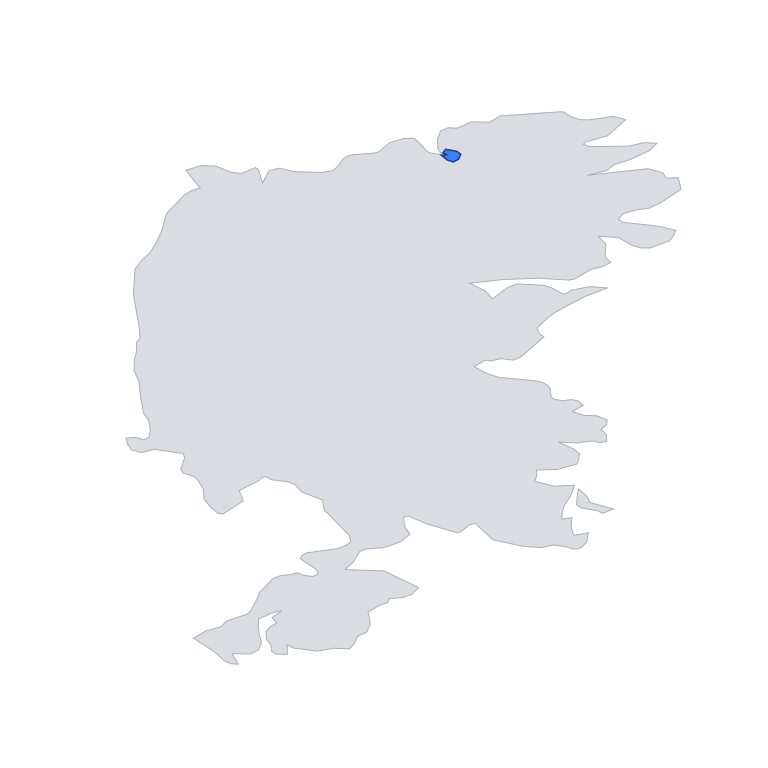 Cork on a map of Ireland (Natural Earth projection), rotated 189°
{"feature_id": "IRL-5569", "entity_name": "Cork", "entity_type": "City", "adm_level": 1, "iso_a3": "IRL", "parent_name": "Ireland", "parent_adm1": "", "projection": "natural_earth1", "projection_center": [-8.45, 51.888], "detail": "fine", "context": "in_parent", "style": "filled", "palette": "blue", "viewbox_px": 768, "rotation_deg": 189, "n_neighbors": 0, "source": "natural_earth", "source_scale": "10m", "svg_char_len": 3972}
<svg xmlns="http://www.w3.org/2000/svg" viewBox="0 0 768 768"><g transform="rotate(189 384 384)"><path d="M502.0,125.5L483.2,135.3L480.3,139.0L475.1,154.1L474.5,158.4L462.8,175.1L456.1,178.5L446.1,181.2L440.5,183.9L433.3,182.5L424.3,182.7L419.8,185.7L420.1,188.0L422.8,190.7L439.5,198.4L438.5,201.6L433.8,205.2L403.9,214.2L395.0,219.7L391.9,223.3L395.1,229.3L419.1,247.4L423.1,249.3L426.7,259.9L447.8,264.3L456.5,270.8L463.9,272.4L480.1,271.8L486.6,274.3L490.3,272.4L492.4,269.0L510.4,256.1L504.7,246.6L522.9,230.2L527.9,230.5L536.5,235.4L543.6,242.4L545.9,251.7L552.7,260.0L557.0,262.9L568.6,264.6L571.4,267.8L569.4,279.9L571.2,283.9L600.8,283.6L612.6,278.4L622.8,279.3L628.0,284.7L630.3,290.3L621.5,292.4L612.2,291.3L607.8,294.9L607.6,302.0L610.8,311.1L617.0,317.6L622.1,332.1L626.4,348.3L632.9,358.0L634.4,370.2L633.5,376.1L634.8,386.8L632.1,390.6L634.3,400.7L645.5,433.1L647.9,458.5L642.7,468.0L635.6,477.1L631.1,487.8L627.6,499.4L625.6,518.0L610.4,539.9L603.8,545.4L596.2,548.7L613.1,564.0L599.5,570.9L584.5,573.0L568.0,569.2L557.7,569.7L544.7,577.6L541.7,576.2L535.4,563.6L530.9,576.6L521.5,580.7L505.1,579.8L477.9,583.3L467.4,587.0L463.1,592.8L459.9,599.5L455.7,603.4L450.9,605.5L429.8,610.5L425.7,612.4L415.9,623.3L403.1,629.5L392.6,631.4L383.1,625.1L379.3,621.3L374.9,619.4L360.4,619.7L365.0,621.6L368.0,626.1L369.4,634.6L367.7,642.9L360.6,647.2L352.1,648.0L338.7,656.6L320.9,659.0L311.2,667.0L252.4,680.5L249.0,680.7L240.9,677.2L232.1,675.7L223.4,676.8L198.7,684.3L186.7,682.8L202.1,664.1L222.6,654.6L224.7,652.0L218.0,650.7L179.2,657.3L165.6,662.9L152.1,664.5L158.4,656.0L175.9,644.3L191.0,636.6L197.5,629.7L215.9,621.9L156.8,638.0L141.3,636.1L137.7,631.6L125.6,633.7L121.1,622.8L139.1,606.3L149.6,599.3L162.0,595.4L173.9,590.0L178.4,583.3L172.8,581.1L137.2,582.8L120.1,581.4L121.1,576.1L124.3,570.2L142.0,560.1L151.6,558.5L160.1,559.5L175.2,565.4L195.2,563.5L186.9,557.1L185.5,544.0L179.1,539.6L187.4,533.6L196.8,529.9L212.4,517.4L218.0,515.5L248.9,512.5L282.2,505.9L315.2,496.9L298.3,491.8L290.2,485.1L277.1,498.6L267.8,503.8L241.3,506.5L232.9,505.0L221.1,500.8L217.5,502.4L214.0,505.7L196.5,512.3L178.1,513.9L199.5,501.7L226.8,481.1L232.9,474.6L241.6,463.3L238.9,458.3L233.4,455.4L253.1,432.2L260.0,427.9L272.6,427.3L281.8,423.6L285.9,423.6L289.5,422.2L297.6,415.2L285.2,410.8L272.3,408.5L232.5,410.9L227.3,410.4L222.4,408.3L219.2,405.2L216.8,397.3L213.9,395.5L204.9,395.5L196.1,398.0L189.9,397.7L183.8,394.3L193.6,386.2L181.1,384.3L168.5,385.9L158.0,383.4L157.7,378.4L162.5,373.3L156.3,368.6L155.1,362.5L161.7,359.5L169.0,360.5L183.8,356.0L202.8,353.9L186.6,349.5L180.1,345.7L179.9,339.9L181.2,335.0L200.0,326.6L220.1,322.9L218.6,317.4L220.1,311.5L199.8,309.7L179.8,313.9L182.1,302.6L186.9,292.3L187.9,285.5L187.0,278.3L177.6,281.4L176.6,271.2L172.7,264.2L158.8,269.0L159.2,259.8L163.3,253.3L170.5,250.5L177.7,251.7L191.0,251.6L203.9,246.8L222.4,245.5L251.9,247.1L272.2,260.7L277.4,258.3L285.6,249.6L289.4,248.7L320.0,252.5L339.0,257.4L344.0,255.9L341.3,246.3L334.8,239.6L343.0,230.9L353.0,225.1L359.6,222.1L375.0,218.5L381.7,215.0L386.2,203.9L393.3,194.6L354.7,199.4L318.0,188.4L323.8,180.6L331.6,176.2L345.0,172.8L346.2,168.7L353.0,165.3L364.1,156.5L360.0,144.9L362.2,136.4L370.3,130.9L372.8,123.0L376.3,117.2L392.6,115.1L408.3,109.7L432.4,109.0L438.7,111.2L437.2,101.6L448.5,100.4L453.0,102.3L455.0,109.0L460.1,113.4L461.8,120.9L458.3,126.7L452.6,131.1L457.9,135.7L449.7,144.0L458.5,140.5L471.1,132.4L470.4,125.8L468.2,117.4L464.7,109.9L466.3,101.7L473.3,96.5L491.9,93.9L484.2,84.5L491.0,83.7L498.4,85.6L509.3,92.9L532.4,103.2L521.2,112.3L507.4,118.6L502.0,125.5ZM175.8,306.3L175.3,310.7L166.4,305.2L162.2,299.2L137.8,296.4L148.0,290.4L153.0,292.2L170.1,292.4L174.9,294.9L175.8,306.3Z" fill="#d9dde1" stroke="#a8b0b8" stroke-width="1"/><path d="M363.0,618.9L360.5,619.2L358.0,620.3L362.0,621.5L359.9,625.4L354.3,625.4L348.2,625.1L344.1,622.9L345.6,617.6L350.2,614.2L356.5,615.1L363.0,618.9Z" fill="#3b82f6" stroke="#1e3a8a" stroke-width="1.5"/></g></svg>